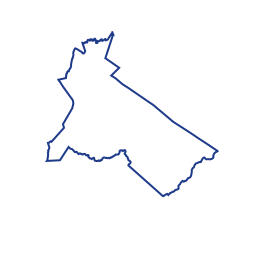 the district of Mumbwa, Central, Zambia, rotated 213°
{"feature_id": "96606910B37920738728221", "entity_name": "Mumbwa", "entity_type": "district", "adm_level": 2, "iso_a3": "ZMB", "parent_name": "Zambia", "parent_adm1": "Central", "projection": "natural_earth1", "projection_center": [26.865, -14.958], "detail": "fine", "context": "isolated", "style": "outline", "palette": "blue", "viewbox_px": 256, "rotation_deg": 213, "n_neighbors": 0, "source": "geoboundaries", "source_scale": "gbopen_adm2", "svg_char_len": 5670}
<svg xmlns="http://www.w3.org/2000/svg" viewBox="0 0 256 256"><g transform="rotate(213 128 128)"><path d="M181.8,93.3L184.6,75.1L184.8,75.2L185.2,75.1L185.6,74.7L185.8,74.4L186.0,73.4L186.3,72.6L186.5,72.3L187.0,71.9L185.1,70.2L184.7,69.9L184.1,69.6L183.6,69.0L183.4,68.8L182.9,67.7L182.7,66.3L182.7,65.6L182.7,65.4L182.3,65.2L181.9,64.9L181.5,63.2L180.8,62.7L180.3,61.8L180.2,61.7L179.9,60.9L179.6,60.5L179.3,59.7L179.1,59.4L178.9,58.9L178.9,58.5L178.5,58.1L178.3,57.6L178.1,57.1L178.1,56.2L167.5,63.9L167.5,79.7L166.6,79.4L165.5,79.4L165.1,79.3L164.4,79.4L163.6,79.8L163.1,79.8L162.3,79.6L161.5,79.4L160.5,79.2L159.9,78.9L159.5,78.9L159.1,79.0L158.9,79.4L158.5,79.7L158.3,79.9L158.0,79.9L157.7,79.8L157.0,79.8L156.6,79.6L155.5,79.2L155.2,79.2L155.1,79.4L154.7,80.3L154.3,80.6L153.6,80.8L153.1,80.6L152.9,80.7L152.5,81.0L152.2,81.1L151.8,80.9L151.6,81.0L151.0,82.1L150.3,82.7L149.7,82.8L148.8,82.4L148.3,82.3L147.9,82.5L147.1,83.4L146.7,83.6L146.2,83.6L146.0,82.8L146.0,82.6L145.7,82.3L144.6,82.1L144.0,81.8L143.7,81.7L142.9,82.1L142.5,82.2L142.3,82.2L141.9,82.1L141.6,82.1L141.4,82.4L141.4,82.9L140.6,84.3L140.0,84.3L139.6,84.0L139.3,83.4L138.7,82.9L137.7,82.6L137.2,82.9L136.5,83.1L136.1,83.4L135.6,83.6L135.4,83.9L135.4,84.1L134.8,85.0L134.5,85.0L134.3,84.8L133.9,84.8L133.7,84.9L133.5,85.5L133.2,85.7L133.3,86.2L133.0,86.5L132.8,86.7L132.6,86.9L132.6,87.6L132.7,87.9L132.7,88.6L132.8,88.9L132.3,90.0L131.5,90.5L130.6,90.6L129.8,91.3L129.1,91.3L128.3,91.9L128.2,92.1L127.9,92.5L127.6,92.6L127.0,92.6L126.7,93.4L126.4,93.7L126.3,94.1L125.7,94.3L125.5,94.9L125.5,95.5L125.4,95.7L125.0,96.0L124.8,96.6L124.4,97.1L124.3,97.4L124.1,98.3L123.7,99.2L123.3,99.3L122.9,99.8L122.2,100.1L121.8,100.5L121.6,101.1L121.7,102.4L121.8,102.9L121.9,103.2L122.3,103.9L122.5,104.3L122.4,104.8L122.1,105.2L121.3,105.6L120.7,106.1L120.4,106.1L120.0,105.9L119.7,105.9L119.5,106.4L119.1,107.3L118.9,107.5L118.6,107.7L118.3,107.7L118.0,107.5L117.4,107.2L117.1,106.6L117.0,106.3L116.9,104.8L116.7,104.5L115.8,104.2L114.8,104.1L114.4,103.6L114.2,103.6L113.0,103.4L112.5,103.3L112.0,102.9L111.7,102.4L111.0,102.1L110.1,101.3L109.6,101.2L108.8,101.3L107.6,101.1L107.2,100.8L107.0,100.2L106.9,99.7L107.0,99.2L107.4,98.3L107.6,97.6L107.4,97.2L107.2,96.8L71.6,91.4L61.9,89.9L61.4,90.0L61.1,90.4L61.0,91.0L60.6,91.4L60.2,92.8L59.4,93.6L59.2,94.1L58.7,94.1L58.3,93.8L57.7,93.8L57.8,94.4L57.6,94.8L57.2,95.3L57.3,95.9L57.2,96.6L56.5,97.4L56.2,98.0L55.9,98.4L55.6,99.1L55.1,99.4L54.4,102.0L53.4,103.0L52.6,104.2L52.6,104.5L52.7,105.0L53.4,105.8L54.2,107.1L54.2,107.5L54.0,108.2L53.8,109.1L53.9,111.0L53.8,111.7L53.7,112.2L53.6,112.9L53.4,113.4L52.9,113.4L52.6,113.2L52.2,113.3L51.8,113.7L51.6,114.4L51.1,114.7L50.9,115.0L50.6,115.4L50.4,116.1L50.5,116.9L50.3,117.6L50.4,118.2L50.3,118.7L49.9,119.0L49.1,120.3L49.0,121.5L49.1,121.8L49.1,122.2L49.3,122.9L49.8,124.1L50.8,126.3L51.5,127.2L51.7,127.6L51.8,128.2L51.7,128.7L51.8,128.9L51.9,129.7L51.7,130.1L51.5,130.4L51.4,130.9L51.6,131.8L51.9,133.2L51.8,135.1L51.6,135.4L50.6,136.5L50.3,137.1L50.2,137.5L49.8,138.2L49.1,138.5L48.4,139.1L48.3,139.4L48.6,140.3L48.7,143.3L48.6,143.7L48.5,144.1L48.3,144.4L48.1,144.7L47.8,144.8L47.3,144.8L46.3,144.4L45.5,144.3L42.9,146.1L42.6,146.1L42.0,146.5L41.5,147.1L40.8,148.0L40.5,148.5L40.4,149.0L40.4,150.1L41.2,150.9L41.4,151.4L41.8,153.2L41.8,153.6L41.3,155.5L40.4,156.9L40.3,157.4L41.2,157.5L54.5,157.7L62.9,157.7L73.9,157.9L93.4,157.8L119.8,161.1L123.0,161.1L150.2,161.8L156.5,161.7L165.6,162.9L170.6,162.8L168.2,173.7L185.0,174.2L191.1,197.1L191.4,197.0L191.5,197.1L191.4,197.3L191.3,197.8L191.5,197.9L191.5,198.1L191.7,198.4L191.7,198.5L191.4,198.5L191.6,198.7L191.8,198.7L192.1,198.6L192.3,199.0L193.3,199.8L193.4,199.7L193.0,198.6L193.2,198.1L193.2,190.9L193.6,190.6L194.3,189.5L195.5,190.2L195.9,189.7L196.0,188.8L196.2,188.3L196.5,188.1L197.1,187.0L197.7,187.1L198.1,187.6L198.2,187.8L198.4,188.0L198.6,187.8L198.8,187.5L199.1,187.1L199.2,186.7L199.0,185.9L199.2,185.3L199.6,185.0L200.1,184.8L200.4,184.6L200.5,184.3L200.3,183.5L200.1,183.1L200.1,182.8L200.2,182.5L200.8,182.0L201.0,181.9L201.3,182.0L201.4,183.6L201.6,184.0L201.9,184.2L202.5,184.0L202.8,183.9L203.2,183.4L203.5,183.4L203.6,183.6L203.6,184.2L203.8,184.7L203.9,184.8L204.2,184.9L204.5,184.8L204.8,183.5L204.8,183.4L205.4,183.3L205.5,183.2L204.9,182.7L204.8,182.4L204.9,182.0L205.0,181.9L205.3,181.9L205.8,182.2L206.2,182.0L206.9,182.3L207.3,182.3L207.6,182.2L207.7,181.7L207.6,181.4L207.3,181.2L207.2,180.9L207.5,180.7L208.1,180.9L208.5,180.9L208.7,180.7L208.5,180.3L208.5,180.1L208.8,180.0L209.6,180.0L209.7,179.8L209.7,179.5L209.4,178.4L208.9,177.8L208.9,177.4L209.1,177.3L209.6,177.5L209.8,177.5L209.9,177.4L210.0,177.0L210.3,176.9L210.3,176.5L210.3,176.3L210.6,176.2L210.9,175.9L211.0,175.0L211.2,174.7L211.3,174.6L211.7,174.6L212.0,174.9L212.5,174.9L212.7,174.7L205.7,169.1L205.6,166.6L206.0,166.2L207.0,166.0L208.1,166.5L211.8,166.4L212.8,166.5L213.4,166.4L215.3,166.2L215.7,165.9L215.6,164.0L215.4,163.5L215.4,162.8L214.8,161.2L214.5,160.7L213.6,159.6L213.1,158.4L212.7,156.7L212.4,156.4L212.5,155.4L212.2,155.0L212.0,154.2L210.3,150.1L209.6,149.2L209.3,148.4L208.9,146.9L208.9,146.6L209.2,146.0L208.9,145.5L208.8,143.5L208.7,143.4L208.9,143.3L209.1,143.4L209.3,143.1L209.2,142.8L209.4,142.4L209.3,142.2L209.4,141.9L209.1,141.4L209.1,141.0L209.2,140.8L209.0,140.6L209.2,140.3L209.2,140.0L209.1,139.7L208.7,139.3L208.6,138.9L208.4,138.4L208.5,138.0L208.4,137.8L208.1,137.6L207.8,137.3L207.7,136.9L207.7,136.6L207.3,136.3L207.2,136.1L212.7,130.6L212.1,130.2L211.1,130.0L203.2,126.5L202.8,126.5L202.0,126.1L201.5,125.9L189.3,121.2L187.1,118.7L185.5,114.1L184.6,95.8L181.8,93.3Z" fill="none" stroke="#1e3a8a" stroke-width="2"/></g></svg>